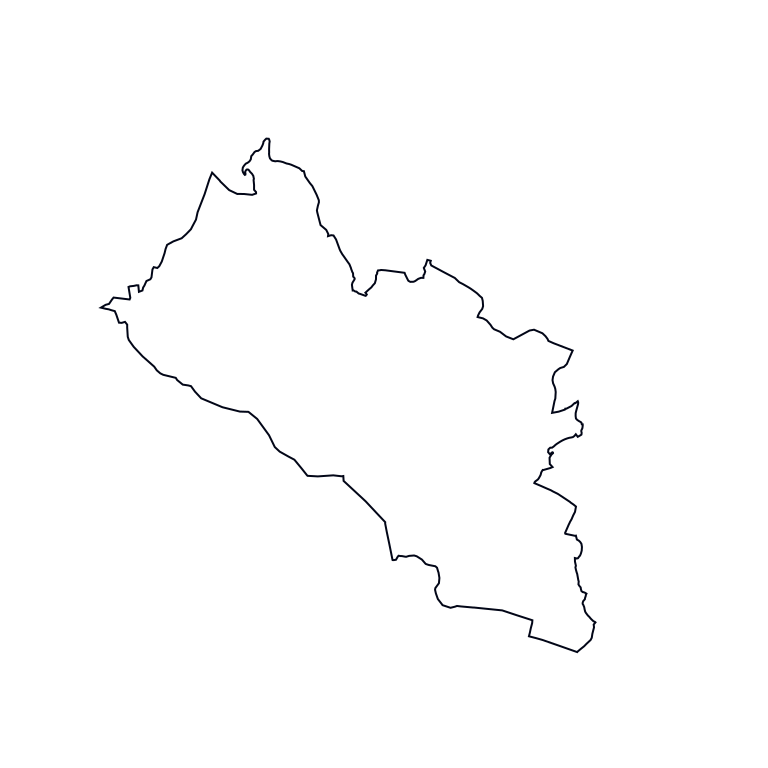 Al Mudhaffar, Ta`izz, Yemen, rotated 23°
{"feature_id": "15242507B33638153747528", "entity_name": "Al Mudhaffar", "entity_type": "district", "adm_level": 2, "iso_a3": "YEM", "parent_name": "Yemen", "parent_adm1": "Ta`izz", "projection": "orthographic", "projection_center": [43.99, 13.582], "detail": "fine", "context": "isolated", "style": "outline", "palette": "ink", "viewbox_px": 768, "rotation_deg": 23, "n_neighbors": 0, "source": "geoboundaries", "source_scale": "gbopen_adm2", "svg_char_len": 6161}
<svg xmlns="http://www.w3.org/2000/svg" viewBox="0 0 768 768"><g transform="rotate(23 384 384)"><path d="M541.4,558.8L553.5,554.9L554.5,554.5L561.3,552.4L581.3,546.2L596.3,545.0L612.9,543.5L613.8,546.2L614.6,551.7L615.4,555.7L616.0,559.6L623.4,558.5L629.7,557.7L647.5,556.5L666.6,555.3L666.8,554.6L668.8,550.7L670.7,547.2L671.9,544.1L674.2,538.9L674.4,536.4L673.4,532.5L672.4,525.9L671.0,523.5L671.8,520.8L671.2,520.6L669.4,520.5L666.7,519.5L665.6,519.0L663.9,518.1L662.5,517.6L661.5,517.1L659.1,515.7L658.0,514.8L657.6,514.2L656.8,513.2L655.5,511.2L653.7,509.4L652.8,508.8L652.4,507.9L652.2,506.1L653.0,503.6L652.7,502.7L652.5,500.1L652.2,499.3L652.3,497.9L650.7,497.6L649.8,497.7L649.2,497.6L648.2,497.9L646.6,497.4L645.3,495.7L644.5,494.4L642.7,493.5L641.3,492.5L640.8,491.0L640.4,489.7L639.4,488.5L638.7,487.4L636.8,484.5L636.1,483.4L635.0,482.2L633.1,479.8L631.8,477.9L631.7,476.4L629.2,472.9L627.7,469.6L628.9,469.4L629.5,469.4L630.6,468.6L631.1,466.4L631.5,465.4L631.5,463.1L631.1,460.1L629.9,456.7L628.2,454.0L626.9,453.1L626.2,452.7L624.7,452.1L622.3,451.8L621.8,451.1L620.7,449.7L619.9,448.6L619.2,449.1L609.5,451.0L608.9,450.4L609.0,440.8L609.1,439.8L609.1,438.4L609.5,435.1L609.5,431.0L609.8,427.1L608.6,421.8L605.5,420.9L602.0,420.2L601.4,419.9L586.8,417.2L581.6,416.9L579.0,416.6L574.6,416.6L568.0,416.5L561.1,416.5L561.0,415.7L561.3,414.6L562.6,412.4L563.0,411.7L563.4,409.8L563.5,408.7L563.7,406.8L563.5,405.0L563.3,404.2L563.4,402.8L563.7,401.1L564.2,401.0L564.8,400.5L570.0,396.3L571.6,394.6L567.9,392.9L565.2,387.2L565.3,386.4L565.7,383.7L566.6,381.6L566.3,381.1L565.6,381.1L564.7,382.8L564.0,383.8L561.7,382.6L560.9,380.0L561.3,379.0L561.9,377.7L563.6,376.9L564.7,375.1L565.6,373.1L566.4,371.7L568.7,368.3L570.3,366.2L572.0,364.3L573.9,362.5L575.6,361.1L577.2,360.1L578.6,359.1L579.6,357.4L580.2,355.3L583.0,356.9L585.1,354.1L585.5,353.5L585.4,352.9L585.1,352.0L584.9,351.5L584.4,350.9L583.9,350.1L583.8,349.3L583.9,347.4L583.7,346.5L583.2,344.7L582.7,343.6L582.1,343.9L581.6,343.6L581.2,342.8L580.2,342.2L578.2,342.0L576.0,341.6L574.2,340.8L572.9,338.6L571.8,335.9L571.4,333.5L570.5,326.7L570.1,325.4L569.6,324.6L569.1,324.1L567.6,326.9L566.9,327.1L565.2,331.0L561.5,335.5L560.5,335.9L560.5,336.9L555.6,341.2L550.0,344.9L549.2,340.8L547.6,333.0L547.4,330.5L545.2,324.3L543.6,321.6L542.1,319.8L539.4,317.3L537.6,314.6L536.7,311.1L536.7,306.4L538.8,302.2L540.0,300.4L542.9,298.0L544.5,294.2L544.5,286.2L544.6,279.5L524.3,280.2L518.5,280.1L516.9,278.6L514.0,276.9L510.0,275.4L500.9,275.4L497.1,277.9L485.6,292.3L477.8,292.5L470.4,290.6L463.9,290.6L461.7,289.8L458.9,287.9L453.7,285.4L449.5,284.9L444.0,285.8L443.8,284.3L444.0,280.7L445.1,276.5L444.8,273.6L442.4,268.9L440.5,266.4L437.6,265.5L435.9,264.8L434.0,264.1L429.8,263.1L426.6,262.4L424.1,262.0L417.6,261.2L413.4,260.9L407.7,258.7L406.1,258.6L394.2,257.6L387.8,257.0L385.4,256.8L381.2,256.4L379.2,254.5L378.9,252.3L375.4,252.8L375.9,258.6L375.3,261.6L378.0,264.4L378.2,267.3L377.9,268.5L378.8,270.9L376.6,271.8L375.0,273.3L374.4,273.9L372.5,277.0L371.3,278.3L368.3,279.7L366.2,279.5L365.6,279.1L363.7,277.5L360.8,275.0L359.5,273.6L340.8,278.8L336.7,280.2L335.8,280.9L334.1,281.8L334.1,284.2L334.6,285.0L334.3,287.3L335.7,290.7L335.8,291.4L336.2,294.8L335.2,297.6L334.6,300.0L333.1,303.0L331.2,307.2L332.1,307.6L333.2,308.4L332.7,310.0L332.1,310.1L326.7,310.4L325.3,310.6L322.5,309.7L321.5,310.1L320.6,310.0L319.1,309.7L318.6,310.1L315.7,305.2L315.4,303.0L316.0,299.2L315.8,298.4L315.3,297.9L313.7,297.2L312.2,294.1L311.4,293.6L308.8,290.9L308.4,290.3L305.4,287.3L303.2,286.0L296.0,281.5L295.1,281.0L291.9,278.6L290.7,277.5L283.4,269.7L279.5,267.0L277.2,267.7L274.7,269.8L274.5,269.1L274.1,267.7L270.6,264.7L263.5,262.5L257.9,255.2L255.6,252.2L254.4,250.4L253.5,245.7L253.1,242.2L252.2,240.3L248.1,236.2L240.7,229.8L237.4,228.1L235.3,226.8L230.5,223.8L227.1,219.4L225.5,219.9L221.8,218.5L212.9,218.4L210.6,218.6L208.1,219.1L204.2,219.2L201.7,219.6L199.1,220.3L197.5,221.1L196.9,221.5L193.9,222.1L192.8,221.8L190.9,220.9L189.5,219.2L188.2,217.0L188.0,216.2L186.5,212.8L184.5,207.5L184.0,205.4L183.0,204.1L182.1,203.3L179.8,204.1L179.1,205.7L178.4,207.9L178.8,209.7L178.9,211.8L178.6,215.8L177.1,218.5L175.2,219.6L174.2,221.0L173.5,224.1L172.8,226.1L173.6,229.3L173.2,231.5L172.8,232.3L172.0,233.7L170.8,235.0L170.2,236.5L169.7,238.4L169.5,240.0L170.2,242.6L171.4,244.1L173.1,245.4L174.2,245.9L174.6,245.4L174.2,244.3L173.3,243.0L173.4,241.4L173.8,240.3L174.7,239.8L175.4,239.7L176.6,240.2L177.5,240.9L180.4,242.1L182.5,243.6L182.9,244.3L184.1,246.0L184.2,247.1L186.7,251.7L188.5,256.0L191.2,257.3L191.8,258.6L188.7,261.4L180.9,263.8L177.0,265.4L174.7,266.4L165.7,266.0L154.1,261.5L153.5,261.0L143.2,256.6L143.3,263.8L144.7,279.4L145.3,298.7L146.7,306.1L146.0,314.1L145.8,317.0L143.3,323.5L140.8,328.9L134.4,335.0L130.0,340.6L130.2,345.1L130.9,349.3L131.6,358.1L131.1,363.4L130.0,365.8L126.4,366.4L126.1,369.0L128.3,376.7L128.0,378.9L125.1,382.0L125.0,385.5L125.0,387.0L124.6,389.3L125.1,392.3L122.4,394.9L119.3,389.2L117.7,389.8L115.3,391.5L112.1,393.3L110.9,394.5L116.8,403.8L116.8,405.6L101.3,410.1L100.6,412.6L99.6,417.7L96.8,419.9L93.6,424.3L98.5,423.5L101.5,422.8L104.1,422.6L107.7,422.1L110.6,424.9L116.1,431.1L118.7,430.2L121.3,428.0L124.4,429.7L125.6,432.5L129.7,440.7L131.9,443.2L139.1,447.6L151.0,452.9L165.7,457.8L169.5,460.2L173.9,461.6L177.2,461.8L189.9,459.7L192.1,461.2L199.0,463.2L204.4,461.8L207.2,461.4L213.0,464.9L221.3,468.6L244.4,468.5L262.1,465.7L270.1,462.6L280.9,465.7L298.2,476.1L308.1,484.7L314.4,487.0L324.2,488.1L331.1,488.7L340.9,493.8L348.8,498.1L349.5,498.4L359.2,494.9L373.0,487.9L381.1,485.5L382.5,484.6L384.7,489.0L389.2,490.6L413.0,499.2L427.9,505.8L439.1,510.7L439.6,512.0L444.3,519.0L451.4,529.2L460.3,542.2L460.7,542.7L461.8,542.3L463.7,541.1L464.1,537.8L464.5,536.4L466.5,535.9L467.7,535.4L470.9,534.7L471.9,534.4L474.3,532.4L478.7,530.1L481.4,529.8L487.5,530.8L492.6,533.3L493.4,533.3L495.9,533.1L502.5,531.7L504.6,532.4L507.3,535.7L507.7,536.0L510.8,540.9L512.4,545.9L511.0,551.8L511.4,553.5L513.6,556.5L517.6,560.9L523.0,563.9L524.3,564.7L532.7,564.0L536.4,561.2L537.9,559.8L541.4,558.8Z" fill="none" stroke="#020617" stroke-width="2"/></g></svg>